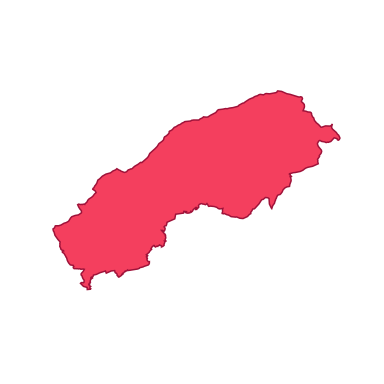 the district of Vatava, Mures, Romania, rotated 28°
{"feature_id": "2599482B44944488682244", "entity_name": "Vatava", "entity_type": "district", "adm_level": 2, "iso_a3": "ROU", "parent_name": "Romania", "parent_adm1": "Mures", "projection": "albers", "projection_center": [24.826, 47.007], "detail": "fine", "context": "isolated", "style": "filled", "palette": "rose", "viewbox_px": 384, "rotation_deg": 28, "n_neighbors": 0, "source": "geoboundaries", "source_scale": "gbopen_adm2", "svg_char_len": 6058}
<svg xmlns="http://www.w3.org/2000/svg" viewBox="0 0 384 384"><g transform="rotate(28 192 192)"><path d="M148.0,325.5L147.9,324.8L147.1,324.9L146.9,324.6L146.5,323.6L146.8,322.9L145.3,322.8L144.7,322.4L145.2,322.1L145.0,321.7L144.2,321.4L144.3,320.5L144.8,320.1L144.3,319.3L144.5,319.1L144.0,318.6L143.7,317.7L143.8,316.8L143.5,316.5L144.1,315.5L143.3,315.7L142.9,314.9L143.3,314.3L144.1,314.8L144.2,314.2L143.8,313.9L144.2,313.4L144.2,312.3L144.0,311.6L146.3,309.6L148.6,306.5L152.7,302.4L154.4,303.9L157.8,299.6L160.6,297.7L161.9,299.2L163.0,299.4L163.4,299.2L164.6,299.9L164.8,300.6L165.6,301.0L166.5,301.0L166.6,301.4L167.4,301.5L168.9,298.7L168.7,297.7L169.4,297.4L169.5,297.0L169.0,297.0L169.0,296.3L169.6,295.5L170.1,293.2L170.6,293.4L171.7,291.2L172.0,291.6L173.3,290.7L180.3,285.4L181.3,284.2L181.4,283.4L184.0,281.1L184.5,280.3L187.7,276.9L187.9,276.1L187.7,274.5L187.1,274.0L187.0,273.5L186.4,273.9L185.8,273.9L184.3,273.2L183.6,272.3L183.9,272.0L183.9,271.7L183.2,271.1L182.4,270.9L182.1,270.4L182.8,269.5L182.7,268.9L181.5,269.1L181.1,268.9L182.5,265.4L182.4,264.5L183.2,261.5L182.4,261.3L182.5,259.4L183.2,257.4L183.5,257.0L184.0,257.0L184.5,257.6L185.6,257.7L186.5,256.2L187.3,256.1L187.3,255.7L188.3,253.9L189.0,254.2L189.8,253.8L190.6,254.2L190.8,254.6L190.9,254.3L191.6,254.1L192.4,252.2L191.9,251.4L191.5,248.7L190.8,248.3L191.8,247.8L192.0,247.5L190.8,246.9L190.4,246.0L190.5,245.3L190.0,244.1L188.9,243.2L189.0,242.6L187.8,241.8L187.1,241.9L186.1,241.2L185.0,240.9L184.3,240.4L183.7,240.5L183.1,240.2L184.3,239.6L185.6,239.8L185.9,239.4L185.9,238.8L185.6,237.2L185.0,236.4L184.1,236.2L183.7,235.8L184.0,234.7L185.0,233.9L184.9,232.9L184.2,230.4L189.4,223.8L188.0,219.3L194.4,214.6L193.9,212.9L196.1,212.0L195.9,212.7L195.9,213.2L197.3,213.0L198.3,212.6L200.0,211.3L200.1,209.6L200.9,210.0L201.4,208.7L201.4,206.9L202.7,203.7L203.2,203.6L203.5,205.7L204.4,205.1L204.3,204.4L205.0,202.9L205.1,202.1L204.1,201.0L204.3,199.4L204.8,199.0L205.0,198.4L206.2,197.6L207.3,197.6L208.0,197.2L209.9,196.9L210.3,196.3L210.6,195.2L212.0,195.9L213.0,196.7L213.6,196.8L214.9,195.8L218.4,194.4L221.1,193.9L223.2,194.3L223.9,193.9L224.4,194.0L227.0,192.0L227.2,193.3L228.4,195.3L228.4,196.3L228.7,196.8L230.0,196.5L230.7,195.8L233.4,195.7L235.2,195.2L238.1,195.4L242.3,193.7L243.0,193.1L246.6,192.7L249.5,191.5L252.5,187.6L253.2,184.8L254.1,183.5L253.4,182.3L253.7,180.4L253.6,178.6L255.0,177.5L255.2,176.9L256.7,171.1L257.1,166.4L257.4,165.8L258.3,165.1L259.4,162.4L261.6,161.5L263.1,161.6L266.0,166.3L269.5,168.9L270.2,169.2L269.7,166.2L270.1,163.2L269.6,161.2L269.7,160.5L269.3,159.5L269.4,158.0L269.2,157.2L269.1,154.9L269.7,153.9L270.9,152.9L271.3,151.7L271.6,149.8L271.4,147.3L272.1,144.8L273.3,143.0L275.5,141.3L274.8,139.4L274.3,135.7L273.5,134.3L272.2,132.8L272.2,132.5L272.5,131.5L272.1,131.4L271.3,132.1L270.8,130.8L270.5,130.5L269.6,130.5L269.5,130.1L272.6,127.2L273.8,126.5L278.0,123.0L279.7,120.7L280.7,118.4L281.6,117.0L282.8,115.7L286.4,112.7L290.2,107.8L288.7,106.1L288.4,105.2L287.5,104.2L287.9,101.2L287.9,100.7L287.4,100.3L287.3,100.0L287.8,97.2L287.5,95.4L286.6,94.3L282.7,92.7L281.4,91.9L280.2,90.7L279.9,90.0L280.0,87.6L280.5,86.6L280.9,86.4L282.7,86.5L285.6,85.5L287.2,85.4L288.4,84.3L289.3,84.0L290.1,82.8L290.6,82.6L290.9,82.1L292.1,77.4L295.0,76.8L295.9,77.6L296.8,77.6L297.2,77.1L297.4,76.5L297.4,75.2L297.0,74.6L294.8,73.0L293.3,72.7L291.5,71.7L286.5,70.5L285.4,69.8L284.7,69.0L284.0,66.0L283.7,67.8L283.1,68.9L278.8,71.0L276.1,73.9L275.5,74.2L272.0,73.0L268.8,72.4L268.0,71.8L266.7,71.5L264.6,69.4L263.3,69.1L261.4,67.7L261.0,66.9L259.9,66.0L258.8,66.0L256.6,67.0L255.0,67.1L251.9,68.1L251.7,66.2L251.4,64.3L251.0,63.4L250.0,62.0L248.6,61.4L246.2,60.8L245.8,59.9L245.9,58.4L245.7,57.6L244.6,56.7L243.3,56.8L242.5,57.6L241.3,58.1L232.8,59.7L229.6,60.7L223.9,61.1L220.2,62.5L220.0,63.1L220.0,64.2L219.3,65.0L214.4,68.9L211.3,70.2L210.6,70.8L209.6,72.6L206.5,73.7L205.8,74.3L205.1,75.2L204.8,76.0L202.8,78.0L201.8,79.6L201.7,80.1L200.6,81.2L199.0,83.2L196.7,87.4L195.9,89.2L195.0,89.8L192.7,93.3L192.3,94.8L188.5,98.3L185.7,100.3L183.8,102.1L182.7,102.4L180.3,104.4L176.7,106.9L176.2,107.9L175.7,110.7L172.3,115.6L170.8,118.3L169.5,119.2L166.8,120.3L166.7,121.0L165.8,122.5L165.0,123.4L164.2,125.3L159.9,127.5L158.0,128.9L157.4,130.0L152.6,133.2L151.8,134.7L150.9,135.7L149.8,138.0L148.6,139.2L147.1,142.0L146.0,143.2L145.3,146.2L144.7,147.4L143.6,148.8L143.5,149.5L144.1,150.7L143.8,152.2L143.0,154.4L141.9,156.2L141.9,157.6L142.3,158.6L142.3,159.6L141.8,161.3L140.1,164.8L139.9,168.1L139.0,171.2L136.6,177.8L136.8,181.1L136.4,183.0L133.9,189.6L132.9,189.8L132.4,190.5L131.5,192.6L129.3,196.2L128.6,198.0L128.4,199.0L127.9,199.9L126.7,200.7L126.5,201.3L125.5,202.2L125.1,203.0L124.8,204.7L123.8,205.9L123.0,206.5L119.4,206.9L118.5,206.7L117.2,206.9L114.7,206.7L114.2,208.2L112.1,210.9L111.7,212.0L111.0,213.4L107.6,216.6L105.4,220.1L104.2,224.0L103.5,225.1L103.3,225.8L103.8,228.9L103.6,231.1L103.3,232.3L103.4,234.3L102.9,235.3L103.1,236.2L106.1,236.5L107.6,237.6L106.9,239.4L106.5,242.0L105.8,243.9L104.3,246.5L103.9,248.0L103.9,250.5L103.0,252.7L103.2,253.3L101.6,253.8L100.9,254.7L100.0,254.9L99.5,255.4L97.6,255.9L97.0,256.9L99.2,258.6L101.3,259.8L103.1,260.4L104.1,262.1L104.0,262.6L102.5,265.5L99.8,267.6L97.5,270.2L97.0,271.9L96.8,275.4L96.4,276.4L95.1,278.3L93.7,279.6L91.8,282.7L90.1,284.4L87.2,286.0L87.4,288.3L86.6,289.9L87.8,291.4L89.0,292.1L91.4,294.6L96.0,296.9L99.0,298.0L99.5,299.6L100.0,300.2L100.8,302.1L102.7,303.5L102.8,303.9L103.7,304.3L106.0,304.4L106.1,304.1L106.3,304.2L106.4,304.3L105.4,305.2L105.9,306.1L107.8,306.3L110.9,308.2L111.1,308.5L112.1,308.9L114.2,311.1L116.3,312.5L118.8,313.5L121.7,312.5L122.1,313.1L122.6,313.3L122.4,313.9L122.7,314.6L123.9,315.0L127.1,313.4L127.9,313.2L129.0,312.4L130.1,312.4L132.3,311.0L133.2,310.8L133.2,313.2L132.5,315.9L132.6,316.6L133.2,317.4L134.4,317.8L135.2,318.7L136.6,319.8L138.2,320.5L139.0,322.4L138.8,323.0L137.1,323.7L136.6,324.4L136.4,325.0L140.5,326.3L144.2,325.5L145.3,327.3L148.0,325.5Z" fill="#f43f5e" stroke="#9f1239" stroke-width="1.5"/></g></svg>